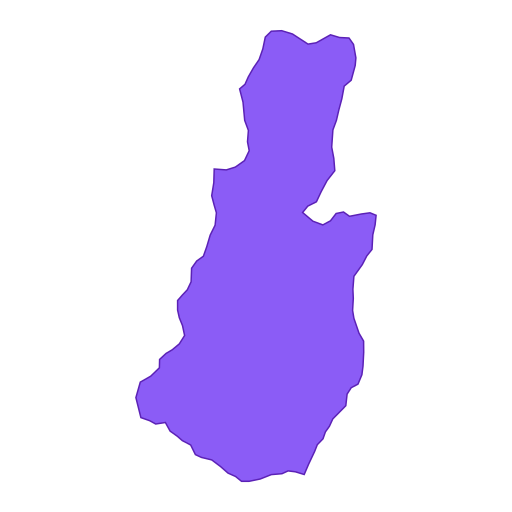 the district of Santana da Ponte Pensa, São Paulo, Brazil
{"feature_id": "56859067B61515541575492", "entity_name": "Santana da Ponte Pensa", "entity_type": "district", "adm_level": 2, "iso_a3": "BRA", "parent_name": "Brazil", "parent_adm1": "São Paulo", "projection": "natural_earth1", "projection_center": [-50.796, -20.251], "detail": "fine", "context": "isolated", "style": "filled", "palette": "violet", "viewbox_px": 512, "rotation_deg": 0, "n_neighbors": 0, "source": "geoboundaries", "source_scale": "gbopen_adm2", "svg_char_len": 1610}
<svg xmlns="http://www.w3.org/2000/svg" viewBox="0 0 512 512"><path d="M349.0,38.0L339.5,37.5L330.5,34.8L316.2,42.8L308.0,44.1L292.5,34.0L281.7,30.7L271.3,31.2L265.3,37.1L262.8,49.0L259.1,59.6L253.5,67.8L248.4,76.7L245.0,84.3L239.6,88.9L243.0,102.1L244.7,120.4L248.4,130.4L247.5,141.8L249.2,150.7L244.5,160.6L235.3,167.1L226.3,169.9L214.2,169.0L213.8,182.7L211.7,195.7L214.1,204.9L216.4,212.8L215.1,225.2L210.2,235.1L206.8,246.6L203.4,256.2L196.7,261.0L191.6,268.2L191.1,281.8L187.3,289.8L182.5,294.9L177.6,300.5L177.6,310.1L179.3,317.7L182.5,325.6L184.6,335.5L179.3,343.9L172.2,349.8L166.1,353.4L159.6,359.4L159.4,367.8L150.7,376.2L140.3,382.1L135.9,397.6L140.9,417.6L149.7,420.7L155.7,424.0L165.4,422.5L170.1,431.1L177.4,436.3L182.3,440.6L190.7,445.0L195.4,454.6L201.4,457.4L211.7,459.9L220.5,466.5L228.0,473.1L235.6,476.5L241.5,481.3L249.1,481.3L260.2,479.0L271.3,474.6L282.0,473.7L288.1,470.9L295.4,471.8L304.2,474.5L308.6,464.2L314.6,451.5L317.3,444.7L323.0,438.8L325.4,431.9L329.4,426.3L332.8,418.9L345.8,405.7L347.1,394.1L351.2,387.7L358.0,384.1L361.9,374.7L363.0,366.1L363.7,352.3L363.6,341.1L359.0,333.2L353.9,318.3L352.6,310.4L353.3,298.4L352.9,289.3L353.9,276.3L362.3,264.6L366.8,255.9L372.0,249.4L372.8,234.8L375.1,224.9L376.1,215.3L370.0,212.8L361.3,214.0L349.5,216.3L343.5,212.0L336.1,213.5L330.5,220.8L322.8,224.9L312.9,221.2L302.6,212.5L307.8,206.1L316.4,201.8L321.1,191.8L327.1,180.5L334.8,170.7L333.8,158.3L331.7,147.1L332.9,129.9L336.4,120.4L338.9,109.7L341.8,98.9L344.2,86.1L351.2,80.2L355.2,65.5L355.9,57.9L353.5,44.4L349.0,38.0Z" fill="#8b5cf6" stroke="#5b21b6" stroke-width="1.5"/></svg>